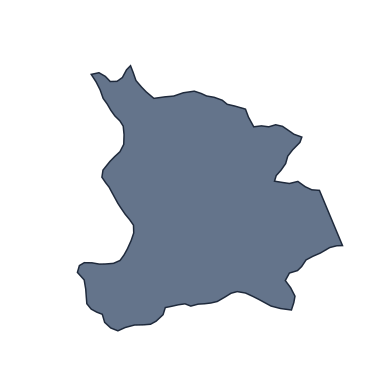 outline of Serrana, São Paulo, Brazil, rotated 255°
{"feature_id": "56859067B60558189940827", "entity_name": "Serrana", "entity_type": "district", "adm_level": 2, "iso_a3": "BRA", "parent_name": "Brazil", "parent_adm1": "São Paulo", "projection": "orthographic", "projection_center": [-47.608, -21.215], "detail": "fine", "context": "isolated", "style": "filled", "palette": "slate", "viewbox_px": 384, "rotation_deg": 255, "n_neighbors": 0, "source": "geoboundaries", "source_scale": "gbopen_adm2", "svg_char_len": 1674}
<svg xmlns="http://www.w3.org/2000/svg" viewBox="0 0 384 384"><g transform="rotate(255 192 192)"><path d="M144.0,60.5L135.0,65.1L125.6,64.2L117.8,62.7L111.3,61.5L105.0,64.3L100.6,68.9L97.1,73.7L88.7,73.9L81.7,78.3L77.1,84.5L78.4,92.4L78.4,102.0L76.2,111.1L75.0,117.7L76.5,123.9L81.0,132.3L87.3,136.3L86.9,142.2L86.6,149.5L85.8,156.3L82.1,161.3L82.1,168.9L80.8,175.3L79.9,181.5L79.7,188.1L82.0,196.6L84.1,203.5L84.1,209.9L80.6,217.5L75.3,223.9L71.0,228.7L61.4,238.8L56.5,247.4L52.3,257.5L58.8,261.7L64.7,264.5L74.0,262.5L82.3,259.2L88.5,265.1L88.8,273.6L91.6,278.6L96.9,284.6L98.6,292.0L99.8,300.1L102.7,310.7L102.6,317.9L101.3,323.5L160.6,315.5L163.1,308.3L167.8,302.7L174.8,297.0L175.0,288.3L178.0,281.4L181.1,274.5L186.1,277.6L190.0,283.6L195.2,289.8L201.9,293.8L206.7,300.1L212.0,309.1L216.6,312.3L221.4,305.4L227.7,300.1L232.0,296.4L235.3,290.2L235.1,283.0L237.9,276.2L239.0,268.5L249.8,265.9L258.2,265.1L264.1,255.3L267.6,248.7L272.8,245.0L277.7,238.0L281.0,230.9L284.7,226.5L288.8,220.3L290.1,209.3L289.4,199.1L290.9,190.6L292.3,179.4L300.5,173.7L306.6,170.3L314.2,166.7L322.6,166.1L329.9,165.3L327.0,160.4L320.6,154.4L318.3,148.2L319.9,141.6L326.1,138.2L331.3,133.0L331.7,125.1L323.0,127.9L314.5,129.7L305.4,130.4L298.8,132.9L291.8,134.8L285.4,137.2L279.3,140.8L273.4,142.6L264.9,141.2L255.7,138.4L249.6,132.9L246.1,126.3L242.8,120.7L236.2,111.7L229.6,108.8L223.3,111.0L218.1,113.2L212.5,114.5L205.9,116.1L200.1,117.5L194.9,119.2L187.8,121.7L181.7,124.5L175.1,126.9L167.5,125.1L160.9,120.7L153.8,114.9L148.8,110.1L144.5,104.8L143.4,97.7L144.9,89.6L146.3,83.9L149.5,77.0L151.6,69.6L150.1,64.2L144.0,60.5Z" fill="#64748b" stroke="#1e293b" stroke-width="1.5"/></g></svg>